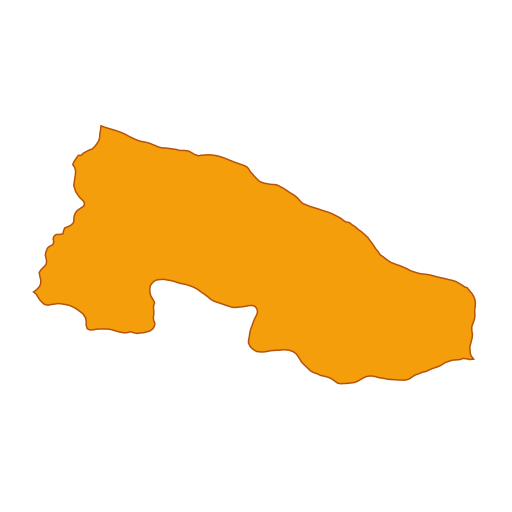 X-2 Torani/Bulletwood, Upper Demerara-Berbice, Guyana, rotated 272°
{"feature_id": "73187651B8767068866486", "entity_name": "X-2 Torani/Bulletwood", "entity_type": "district", "adm_level": 2, "iso_a3": "GUY", "parent_name": "Guyana", "parent_adm1": "Upper Demerara-Berbice", "projection": "orthographic", "projection_center": [-58.026, 5.32], "detail": "fine", "context": "isolated", "style": "filled", "palette": "amber", "viewbox_px": 512, "rotation_deg": 272, "n_neighbors": 0, "source": "geoboundaries", "source_scale": "gbopen_adm2", "svg_char_len": 4450}
<svg xmlns="http://www.w3.org/2000/svg" viewBox="0 0 512 512"><g transform="rotate(272 256 256)"><path d="M160.5,477.1L163.8,474.4L166.5,473.5L169.3,473.2L172.3,472.9L175.1,473.4L177.7,474.0L181.4,474.8L184.8,475.1L189.0,474.3L192.5,474.1L195.5,474.9L198.4,475.9L201.9,476.8L205.2,476.8L209.8,476.4L213.1,476.9L216.5,476.9L220.2,476.3L223.1,475.0L225.8,473.3L228.4,470.9L231.6,468.2L232.4,465.6L234.2,462.8L235.8,459.8L237.5,456.5L238.5,453.0L239.2,449.1L240.2,444.7L240.7,441.6L241.4,438.1L242.4,434.0L243.1,430.6L243.6,427.0L243.8,423.5L244.1,420.5L244.8,417.4L246.6,411.1L248.3,407.9L249.7,404.5L251.1,400.8L252.4,396.6L254.2,391.3L255.7,388.6L258.1,385.2L259.7,383.0L261.5,380.1L264.3,378.1L267.4,375.4L270.3,373.4L273.4,371.1L275.5,369.3L278.5,367.0L281.0,364.1L284.2,360.2L286.1,357.2L288.6,354.3L290.3,351.3L292.7,348.1L293.0,345.3L294.1,342.8L296.1,340.3L297.6,337.6L299.4,333.8L300.9,330.5L302.0,327.7L302.8,324.8L303.9,320.7L305.1,316.9L306.5,311.7L307.6,307.6L308.7,304.9L310.2,300.8L312.4,298.3L315.5,295.4L317.8,292.5L320.1,288.4L322.4,284.7L324.7,280.9L326.7,276.7L327.9,274.1L328.2,267.4L328.9,262.8L329.5,260.0L330.7,256.8L333.1,254.2L335.6,251.6L337.9,249.6L339.9,247.5L342.4,245.9L344.6,244.0L345.9,241.3L347.5,236.3L348.9,231.6L350.2,228.0L351.6,224.2L353.0,220.3L354.0,216.9L354.8,213.7L355.2,210.2L355.5,207.0L355.4,204.2L355.1,201.0L354.8,197.7L354.1,195.1L355.3,191.1L357.1,187.9L358.6,184.9L359.0,180.7L358.8,176.3L359.7,172.5L360.1,168.6L360.5,165.0L360.8,161.3L360.8,157.9L361.6,154.6L362.7,151.9L363.7,149.0L364.8,146.2L365.7,142.7L366.3,138.7L367.0,135.1L368.4,131.2L369.7,128.2L370.9,125.4L372.7,121.9L374.5,117.7L375.9,113.4L377.0,109.6L378.1,105.3L379.5,100.0L380.7,96.5L377.4,96.3L374.6,96.0L371.5,95.6L368.7,95.6L365.5,94.7L362.9,93.2L360.0,91.2L357.1,88.4L356.1,85.7L354.6,83.0L352.9,80.1L350.5,77.6L350.4,74.9L346.5,72.4L343.8,70.7L340.9,69.7L338.2,71.7L335.0,72.7L331.3,72.7L327.7,72.2L323.6,71.8L320.2,71.4L316.9,72.5L314.1,73.5L311.2,75.6L309.0,77.2L307.0,79.2L305.0,81.5L302.5,82.8L299.8,82.1L297.8,79.2L295.2,75.7L292.5,73.9L289.4,72.8L286.6,72.7L283.4,72.6L280.6,70.4L278.9,67.3L277.4,63.9L274.2,62.7L271.4,62.3L270.8,59.6L270.5,55.4L268.4,53.2L265.7,52.7L262.9,53.4L260.0,52.4L258.6,49.5L256.7,47.4L253.1,46.0L249.5,45.4L246.4,46.3L243.6,46.9L240.2,46.5L237.2,43.9L234.7,41.6L232.0,39.9L229.0,40.5L224.6,41.7L221.3,41.8L218.5,41.0L216.0,39.1L214.0,37.1L212.3,34.9L210.3,37.6L207.8,39.2L204.9,41.2L202.3,43.7L200.2,46.3L199.6,49.7L200.4,53.3L201.1,57.2L201.6,60.0L201.4,63.0L200.8,67.5L200.2,71.0L199.1,73.9L197.4,77.4L195.5,80.4L193.7,83.0L191.9,85.3L187.9,88.0L184.4,88.6L181.3,88.6L177.4,89.9L176.3,92.5L176.6,96.0L177.4,99.9L177.6,103.0L177.8,107.2L177.8,110.5L177.5,113.3L176.7,116.7L175.8,119.8L175.1,123.6L174.6,126.7L174.9,129.9L175.9,133.1L175.1,136.2L174.4,139.8L175.0,142.6L175.3,145.6L176.2,149.1L177.5,152.8L179.7,155.5L182.2,156.9L185.3,157.3L188.0,156.0L191.1,155.5L193.9,155.9L196.6,155.8L199.6,155.5L202.4,155.3L205.7,156.3L208.6,154.8L212.3,152.4L215.5,151.3L219.0,151.0L222.2,151.2L225.2,153.1L227.3,155.1L228.6,157.5L229.1,160.6L229.5,164.6L229.0,167.6L228.6,171.0L227.9,174.8L226.5,179.1L225.6,183.7L225.0,187.5L224.1,190.3L222.7,194.7L220.8,198.5L218.4,202.0L216.0,205.8L213.3,209.6L211.3,212.0L209.5,215.3L208.6,218.0L207.3,222.5L206.4,225.3L205.6,227.9L204.8,230.7L203.9,234.3L203.8,237.1L204.3,240.4L204.8,244.4L205.6,248.2L206.2,250.8L206.5,254.1L205.3,257.2L202.8,258.9L200.0,259.5L197.0,258.6L193.4,256.9L190.0,255.6L185.8,254.3L182.2,253.1L178.5,252.4L175.0,252.1L171.6,251.5L168.8,251.5L165.7,253.1L163.6,255.0L161.7,257.7L160.5,260.4L160.3,263.7L160.3,266.6L160.9,269.9L161.9,274.2L162.4,278.7L162.7,282.7L163.3,287.2L163.1,292.0L161.8,296.3L159.6,299.6L156.4,302.1L153.9,303.7L151.5,305.3L148.7,308.2L145.8,311.5L142.9,314.8L141.5,317.7L140.4,321.4L138.9,324.7L138.3,328.0L137.4,332.1L136.2,335.3L133.7,339.2L131.8,341.9L131.3,345.0L131.6,348.0L131.8,350.9L132.3,354.5L133.0,358.7L134.3,361.7L135.9,364.4L137.6,367.0L139.1,369.8L140.0,373.2L140.1,376.2L139.6,379.7L138.7,383.2L138.2,387.7L137.6,390.9L137.3,393.9L137.2,398.4L137.1,402.1L137.1,407.4L137.3,410.3L138.7,413.8L140.5,416.2L142.3,418.6L143.9,422.5L145.7,426.5L146.4,429.6L147.8,432.4L149.4,435.5L150.5,438.4L151.6,441.4L153.2,444.7L154.8,446.9L156.3,449.4L157.5,452.4L158.7,455.8L159.2,460.0L159.6,463.4L160.8,466.4L160.6,470.2L160.0,473.3L160.5,477.1Z" fill="#f59e0b" stroke="#b45309" stroke-width="1.5"/></g></svg>